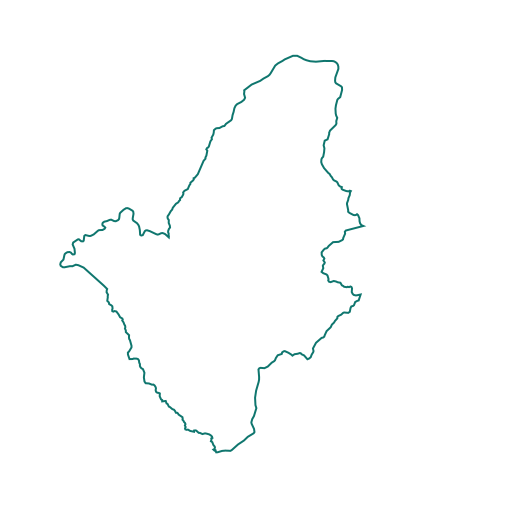 Nova Canaã do Norte, Mato Grosso, Brazil, rotated 148°
{"feature_id": "56859067B70973465744511", "entity_name": "Nova Canaã do Norte", "entity_type": "district", "adm_level": 2, "iso_a3": "BRA", "parent_name": "Brazil", "parent_adm1": "Mato Grosso", "projection": "mercator", "projection_center": [-56.025, -10.669], "detail": "fine", "context": "isolated", "style": "outline", "palette": "teal", "viewbox_px": 512, "rotation_deg": 148, "n_neighbors": 0, "source": "geoboundaries", "source_scale": "gbopen_adm2", "svg_char_len": 6151}
<svg xmlns="http://www.w3.org/2000/svg" viewBox="0 0 512 512"><g transform="rotate(148 256 256)"><path d="M141.2,260.8L141.9,261.7L143.2,261.7L145.0,263.2L147.3,266.2L147.8,267.3L147.5,268.3L146.7,268.9L148.0,270.7L148.4,272.2L148.0,275.4L148.3,276.5L149.7,278.7L150.1,280.0L149.9,282.5L150.2,284.3L150.1,286.6L150.7,288.1L151.7,294.4L151.5,298.9L150.9,301.1L149.2,303.4L147.9,304.2L146.4,304.6L143.3,307.9L140.9,311.1L140.0,314.0L136.6,317.4L133.5,317.0L129.3,320.6L128.7,321.7L126.8,323.1L119.1,324.8L117.7,325.6L116.4,327.9L113.9,330.1L113.6,332.6L112.9,334.6L110.5,338.9L108.2,341.6L104.3,345.3L103.1,345.8L100.4,346.1L95.0,351.2L93.7,353.5L93.9,354.8L96.6,360.0L96.7,361.2L96.1,362.7L94.1,365.4L87.0,371.0L85.8,373.0L85.2,375.1L85.3,376.7L85.8,378.2L86.5,379.5L87.5,380.6L95.0,385.4L102.2,389.0L106.9,392.5L109.5,395.3L111.3,397.7L112.4,399.9L115.0,404.0L118.6,406.2L127.4,407.5L130.2,407.4L135.3,407.7L138.8,407.3L146.8,403.2L148.5,402.5L150.6,402.2L155.7,402.5L159.6,402.3L168.8,403.7L178.2,402.8L178.7,401.7L180.3,399.7L181.4,396.0L182.3,395.4L183.4,394.8L186.8,394.4L191.5,394.8L193.6,394.3L196.0,392.8L198.6,390.1L201.2,387.9L203.8,385.0L205.1,384.3L211.3,384.0L213.9,383.0L215.6,383.7L219.2,383.9L221.4,385.1L222.6,385.4L225.0,385.0L226.5,383.0L227.9,381.6L231.0,379.9L231.5,378.4L233.9,377.4L237.9,373.9L239.0,373.4L240.2,373.5L241.6,372.8L241.5,371.1L244.9,367.4L246.6,366.4L247.3,365.3L250.0,364.5L262.0,356.2L266.4,354.8L267.7,355.0L268.2,353.9L269.5,353.4L272.8,352.9L273.7,351.7L275.0,351.3L278.4,348.9L282.1,349.2L284.1,348.5L284.6,347.2L285.5,346.5L287.9,345.2L289.3,345.3L290.3,344.6L290.7,343.7L292.2,343.4L293.5,342.7L296.2,342.7L301.0,341.0L302.5,339.8L304.5,339.2L308.0,337.3L309.6,336.7L310.4,336.0L311.0,334.5L310.9,332.7L312.5,330.3L313.0,327.4L313.8,325.7L315.5,325.1L317.2,323.8L317.9,322.8L318.2,321.3L319.1,320.0L319.4,318.9L320.1,318.0L321.4,322.6L322.2,323.9L323.1,325.0L324.4,325.6L327.0,325.9L328.1,326.3L329.0,327.3L332.9,333.4L334.8,335.6L336.0,336.1L337.1,336.0L341.0,333.7L342.5,334.2L343.0,335.4L340.8,339.5L339.5,343.0L339.3,344.6L339.5,346.8L341.3,351.1L341.2,352.3L340.6,353.3L337.5,356.7L336.6,358.7L336.7,359.8L338.5,363.3L339.5,364.6L340.9,365.4L343.8,365.4L348.2,364.6L349.2,364.0L351.8,360.7L352.8,359.8L354.0,359.5L356.5,359.8L357.8,360.8L359.6,363.6L361.1,364.2L363.9,364.6L366.4,365.5L368.3,365.4L369.4,364.5L369.9,363.2L369.0,361.2L368.8,359.9L370.0,359.3L372.4,359.4L375.4,361.1L376.6,361.2L382.2,360.3L385.2,360.6L386.2,360.9L387.2,361.7L389.6,364.2L391.0,364.0L394.0,360.3L395.0,360.1L396.4,361.1L397.4,364.1L398.4,364.5L403.9,364.3L405.4,362.9L406.1,358.3L408.0,354.5L409.0,353.7L410.5,354.3L411.0,355.4L411.1,356.8L412.0,358.2L414.0,359.2L416.0,359.2L417.1,359.0L417.9,358.4L421.2,355.0L424.9,354.1L426.4,352.7L426.8,351.2L425.8,348.9L424.6,348.0L419.3,346.0L417.1,344.6L413.4,344.1L411.5,342.3L408.3,337.5L400.8,311.6L399.7,306.9L400.6,306.2L401.9,304.5L402.0,301.6L403.0,300.6L403.6,299.5L405.9,296.8L405.4,294.6L406.0,293.0L404.8,290.8L404.5,289.5L405.4,287.6L406.5,286.6L407.1,285.3L406.4,284.4L405.2,284.3L403.8,282.9L403.5,279.2L403.7,276.1L402.5,273.8L402.7,272.7L403.6,272.2L403.5,269.9L404.0,267.5L403.9,266.4L404.5,264.9L405.6,263.9L405.8,262.0L406.7,260.4L405.6,256.1L406.8,254.4L407.5,252.9L407.5,251.4L409.2,245.7L410.1,244.4L414.3,242.3L415.8,242.0L416.8,240.3L417.9,235.6L415.2,234.0L414.0,233.8L411.6,232.2L410.7,231.1L410.6,229.5L411.6,227.3L411.7,225.9L412.7,224.3L412.9,223.2L412.7,221.6L411.8,219.9L412.5,216.1L415.4,212.5L417.1,208.6L417.0,206.6L414.3,204.6L412.4,202.0L411.1,201.3L410.6,199.9L410.6,198.1L410.9,196.9L412.2,195.4L412.7,193.8L412.2,192.4L411.0,191.4L410.4,190.4L412.0,188.1L412.5,184.7L411.9,183.6L412.6,182.4L409.4,180.9L410.0,178.4L409.4,177.3L409.7,174.5L409.0,173.4L408.1,170.5L407.0,169.1L406.8,167.5L407.0,165.5L405.9,164.8L405.6,163.7L405.7,162.6L403.8,158.3L404.3,157.0L405.1,156.1L404.8,154.8L405.0,153.5L404.7,152.2L404.9,150.8L406.1,150.0L406.3,148.2L407.5,147.5L407.8,146.4L407.0,145.4L405.7,144.8L404.5,142.5L401.7,139.8L401.0,140.8L399.9,140.3L399.2,139.6L398.3,136.4L397.3,135.7L395.8,133.4L393.2,132.6L391.9,131.4L390.1,129.4L389.3,127.6L389.0,126.2L389.4,124.8L390.6,125.0L391.1,123.8L392.4,122.8L391.7,121.3L392.3,118.4L392.0,116.3L392.4,115.2L393.6,114.3L394.7,114.4L394.3,112.9L393.3,112.7L393.8,110.6L392.6,109.9L388.1,108.7L385.1,107.2L380.9,104.3L379.2,104.3L371.1,105.7L364.0,105.9L358.8,107.0L351.9,106.9L350.6,107.5L349.3,110.4L348.6,116.1L348.1,117.4L345.6,119.7L342.6,121.3L336.3,126.8L335.5,129.8L331.9,136.3L327.2,141.8L320.6,147.7L319.0,149.4L317.5,151.7L314.0,158.5L312.7,159.0L311.5,158.8L308.3,156.4L304.6,156.0L299.2,157.2L296.2,157.2L295.0,157.6L293.3,158.9L290.2,160.3L286.1,159.3L284.9,160.4L283.1,160.5L282.0,160.1L279.8,156.8L278.3,153.7L277.9,152.2L275.4,152.3L272.4,151.0L270.3,150.5L269.6,149.8L269.4,148.5L267.9,146.2L267.1,141.2L265.4,140.9L263.2,141.2L261.0,142.9L258.5,144.1L257.6,144.9L256.7,147.4L251.1,150.6L243.7,151.8L242.5,151.3L240.9,151.4L239.7,152.4L235.9,154.9L230.4,156.0L228.0,157.6L225.1,158.2L223.4,159.1L220.1,160.0L219.3,161.2L218.1,161.5L214.9,161.1L212.3,161.6L211.2,161.4L207.9,158.9L206.0,159.0L203.4,161.8L201.9,162.7L200.0,162.2L198.9,162.4L196.3,164.4L193.9,164.3L192.5,163.9L187.7,167.9L191.5,169.3L192.4,169.8L193.8,171.3L194.1,172.8L193.9,174.7L191.7,177.7L191.5,179.2L192.1,180.1L193.6,180.3L194.5,181.3L195.5,181.4L197.6,183.2L197.9,184.3L198.7,185.6L198.6,188.6L200.7,190.5L201.6,191.9L203.3,193.6L206.6,194.3L207.7,195.5L207.7,197.0L206.7,198.0L205.7,201.6L206.0,203.0L208.1,205.8L208.8,207.8L205.4,210.0L204.5,212.3L203.5,212.9L202.0,213.3L201.1,214.1L201.2,216.5L199.4,217.6L199.3,218.8L199.9,220.5L199.7,222.1L198.4,224.3L195.0,225.5L193.5,225.7L192.0,225.1L191.0,225.2L189.0,226.0L183.3,226.9L178.4,224.2L174.5,223.8L173.4,224.0L172.4,225.1L168.6,227.7L167.8,229.5L166.3,230.0L149.1,224.6L150.3,226.4L150.4,228.5L149.8,230.5L148.3,233.2L147.8,236.6L148.2,237.9L149.4,237.8L150.5,238.2L151.6,239.1L153.9,243.0L154.4,244.7L153.5,246.1L151.4,251.7L150.8,252.6L148.2,254.6L146.9,256.1L144.3,257.9L142.5,260.1L141.2,260.8Z" fill="none" stroke="#0f766e" stroke-width="2"/></g></svg>